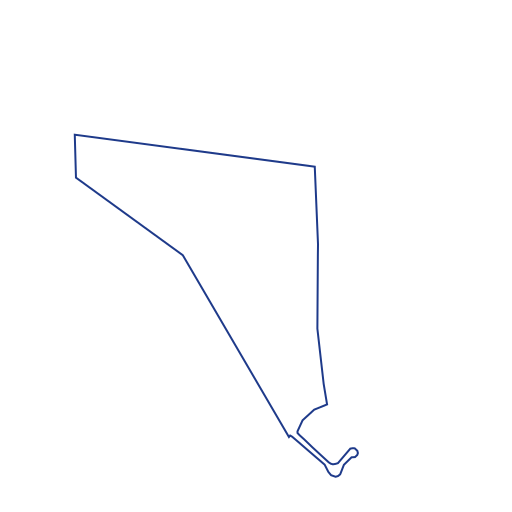 18-19, Ad Dawhah, Qatar (Natural Earth projection), rotated 135°
{"feature_id": "91078587B2684025593760", "entity_name": "18-19", "entity_type": "district", "adm_level": 2, "iso_a3": "QAT", "parent_name": "Qatar", "parent_adm1": "Ad Dawhah", "projection": "natural_earth1", "projection_center": [51.554, 25.282], "detail": "fine", "context": "isolated", "style": "outline", "palette": "blue", "viewbox_px": 512, "rotation_deg": 135, "n_neighbors": 0, "source": "geoboundaries", "source_scale": "gbopen_adm2", "svg_char_len": 645}
<svg xmlns="http://www.w3.org/2000/svg" viewBox="0 0 512 512"><g transform="rotate(135 256 256)"><path d="M298.4,469.9L327.9,438.7L307.2,308.3L360.7,104.7L358.8,104.9L358.2,102.6L355.0,59.9L357.5,52.2L357.9,47.9L355.8,43.6L353.6,42.4L350.9,42.1L349.9,42.5L341.5,46.2L330.8,46.1L328.2,43.8L325.1,43.7L323.3,44.6L322.1,46.6L322.2,50.2L323.4,51.6L325.5,53.1L344.3,51.6L344.6,51.6L346.8,52.8L348.9,54.3L350.0,56.3L350.5,58.8L351.4,80.9L351.6,92.5L351.9,98.4L351.8,101.5L350.6,102.7L339.2,106.9L323.5,106.2L310.7,100.8L298.6,117.7L264.0,161.2L211.1,213.4L203.9,220.4L151.3,277.6L298.4,469.9Z" fill="none" stroke="#1e3a8a" stroke-width="2"/></g></svg>